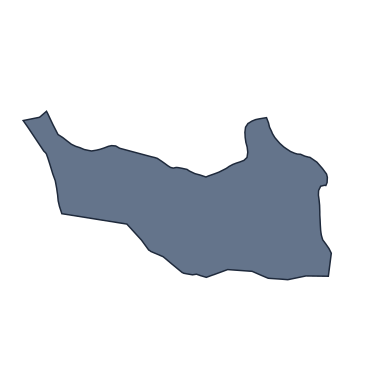 outline of Al Hujjaylah, Al Hudaydah, Yemen, rotated 339°
{"feature_id": "15242507B15912619562849", "entity_name": "Al Hujjaylah", "entity_type": "district", "adm_level": 2, "iso_a3": "YEM", "parent_name": "Yemen", "parent_adm1": "Al Hudaydah", "projection": "equal_earth", "projection_center": [43.594, 14.987], "detail": "fine", "context": "isolated", "style": "filled", "palette": "slate", "viewbox_px": 384, "rotation_deg": 339, "n_neighbors": 0, "source": "geoboundaries", "source_scale": "gbopen_adm2", "svg_char_len": 2293}
<svg xmlns="http://www.w3.org/2000/svg" viewBox="0 0 384 384"><g transform="rotate(339 192 192)"><path d="M288.2,149.3L284.9,148.6L281.0,147.8L277.9,147.3L277.2,147.2L273.2,147.3L269.7,148.0L269.3,148.0L268.8,148.1L265.2,150.7L265.0,151.1L264.4,152.2L262.7,155.4L262.3,156.8L261.2,160.1L260.1,164.9L259.6,169.8L258.3,174.9L256.4,178.3L255.7,179.5L253.0,180.6L252.3,180.9L251.9,181.1L248.7,181.1L247.9,181.1L247.2,181.1L243.9,180.9L243.2,180.9L241.4,180.9L240.0,180.9L237.7,181.2L237.2,181.3L236.8,181.3L236.0,181.4L234.0,181.9L232.2,182.3L228.3,182.7L224.4,183.1L221.0,183.1L220.7,183.1L216.7,183.0L213.1,182.9L212.9,182.9L210.4,183.0L205.7,179.1L201.3,175.9L197.1,171.5L195.4,169.1L191.0,166.2L187.7,164.2L186.0,163.4L183.1,163.0L180.7,161.3L178.9,158.9L176.8,155.6L174.6,152.3L173.1,150.2L171.7,148.2L169.6,146.5L166.8,144.6L140.1,125.2L137.3,121.7L133.6,119.9L130.3,119.4L125.7,119.4L121.5,119.2L117.7,118.7L116.3,118.4L112.9,117.7L110.3,116.1L106.6,113.7L103.3,110.5L99.8,107.7L96.5,104.2L93.5,99.3L91.2,95.4L87.5,90.3L86.3,79.2L85.7,71.3L85.4,67.3L85.1,64.5L80.7,66.1L76.4,67.6L60.0,64.8L62.0,72.8L68.3,100.7L69.3,102.8L69.7,104.2L69.6,108.7L69.2,115.6L68.5,125.4L68.4,132.4L66.9,140.5L66.4,142.5L65.5,146.6L63.9,152.3L63.1,157.9L62.8,164.0L62.7,165.6L119.7,198.6L127.6,218.8L130.8,230.7L131.5,231.4L132.2,232.7L141.9,242.1L147.6,252.4L152.3,260.7L154.0,263.7L154.2,263.8L155.2,264.9L157.6,266.4L162.8,269.5L166.1,270.2L166.7,270.3L170.3,273.4L170.6,273.6L174.8,276.8L180.9,276.9L181.3,276.9L182.9,277.0L183.6,277.0L197.5,277.2L216.5,286.1L219.7,287.6L227.4,295.2L232.2,299.8L233.0,300.2L233.8,300.6L244.2,305.4L250.0,308.2L268.3,311.2L289.1,319.5L300.1,299.1L299.6,293.9L298.5,289.4L298.4,288.9L296.9,283.6L297.1,280.6L297.3,278.6L297.8,276.2L298.4,273.8L299.5,270.3L299.9,269.0L301.5,264.2L301.7,263.6L303.1,259.2L304.1,256.6L304.8,254.6L306.4,250.0L307.8,244.9L308.9,240.2L310.3,236.9L310.8,235.9L314.2,232.7L318.0,233.2L319.3,233.9L321.5,231.6L323.6,226.9L324.0,223.7L324.0,223.3L322.2,216.8L319.3,208.9L317.0,205.5L314.5,201.9L313.4,201.3L310.1,198.9L306.9,195.7L303.9,194.3L301.7,192.6L298.5,189.5L295.7,185.6L293.8,182.8L291.4,178.1L290.3,175.1L288.8,170.8L288.0,166.2L288.0,164.2L287.6,159.3L288.2,154.8L288.2,149.3Z" fill="#64748b" stroke="#1e293b" stroke-width="1.5"/></g></svg>